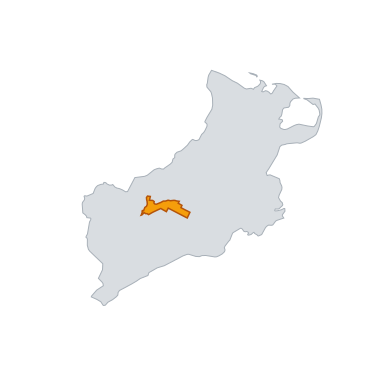 Sakarcage, Mary, Turkmenistan shown in context, rotated 118°
{"feature_id": "10190150B2260035962137", "entity_name": "Sakarcage", "entity_type": "district", "adm_level": 2, "iso_a3": "TKM", "parent_name": "Turkmenistan", "parent_adm1": "Mary", "projection": "robinson", "projection_center": [61.097, 38.361], "detail": "fine", "context": "in_parent", "style": "filled", "palette": "amber", "viewbox_px": 384, "rotation_deg": 118, "n_neighbors": 0, "source": "geoboundaries", "source_scale": "gbopen_adm2", "svg_char_len": 4780}
<svg xmlns="http://www.w3.org/2000/svg" viewBox="0 0 384 384"><g transform="rotate(118 192 192)"><path d="M119.3,134.2L135.2,135.1L140.1,135.6L142.1,133.5L142.0,133.0L141.3,132.6L140.2,131.1L139.3,121.2L140.7,119.7L142.3,118.7L144.6,115.6L145.9,114.6L147.7,113.9L153.7,113.6L156.3,113.0L158.5,109.5L159.0,107.4L160.7,105.8L161.6,105.8L165.7,107.2L166.6,107.9L167.9,110.5L169.4,110.4L169.7,109.9L169.5,109.4L168.4,107.7L165.8,104.8L163.3,103.0L163.1,102.3L165.3,100.9L169.6,101.5L170.7,101.0L171.9,98.7L177.5,104.0L178.6,104.5L183.1,105.2L183.9,105.9L185.4,109.0L186.9,109.8L188.8,110.4L196.9,110.5L199.4,112.5L199.8,113.0L199.3,114.5L199.2,117.2L198.5,118.3L198.9,118.8L201.8,119.9L203.5,121.7L203.7,122.5L203.2,123.0L201.8,122.7L201.2,123.5L201.1,125.0L202.1,126.3L202.4,127.6L201.0,130.5L201.0,131.6L201.4,132.3L208.7,136.7L209.8,136.8L216.9,136.0L218.2,136.5L224.4,137.5L226.1,137.3L227.3,135.9L228.4,135.4L229.5,135.3L232.4,136.2L235.5,138.1L237.6,139.8L238.6,141.3L241.5,149.8L243.4,153.3L245.6,155.1L247.1,158.4L248.5,165.6L249.4,167.1L252.7,170.0L270.0,181.8L275.3,187.1L283.4,192.2L286.4,191.7L292.7,197.1L296.8,199.2L302.0,202.4L313.0,209.8L315.3,210.1L317.9,209.1L320.2,209.7L324.4,211.6L328.8,214.5L332.6,215.4L333.7,216.7L333.7,217.4L331.7,221.0L331.5,225.6L331.9,231.7L330.8,231.8L323.4,230.1L316.4,226.3L314.7,227.5L313.9,228.8L312.2,234.1L302.7,234.5L297.2,237.1L292.3,254.4L291.3,256.5L288.2,259.4L282.8,262.2L281.9,263.3L281.8,264.3L281.1,264.6L278.1,264.6L266.6,268.4L264.1,268.4L263.1,268.7L262.7,269.4L264.0,272.8L262.9,273.8L262.2,275.6L261.7,278.6L254.2,283.3L252.6,283.8L249.5,283.3L248.0,283.8L246.4,285.3L245.6,284.9L245.2,283.4L244.4,282.4L239.7,278.6L234.3,279.2L232.2,278.9L230.6,278.3L228.1,276.1L226.6,274.0L224.9,274.3L224.4,273.3L224.3,272.2L224.8,270.8L224.7,268.2L223.7,266.3L222.6,265.5L223.8,262.5L223.8,260.2L223.1,257.8L222.8,254.3L223.0,250.8L221.9,249.1L206.1,249.2L200.4,241.2L198.1,239.3L190.2,235.9L188.1,234.1L186.3,232.1L185.9,229.4L185.0,227.8L183.8,227.5L177.6,224.3L175.1,223.5L171.8,224.3L169.8,223.4L167.4,224.6L166.4,224.7L163.9,223.9L160.8,221.0L158.2,219.9L152.8,218.0L148.9,217.5L145.6,216.4L145.2,216.0L145.1,213.5L144.7,212.5L143.7,211.3L142.4,210.4L136.6,210.5L133.9,209.6L131.8,209.4L127.1,209.6L125.6,210.2L124.8,211.0L124.2,213.4L123.7,213.7L119.2,213.8L109.6,213.3L105.6,214.5L99.3,218.1L95.7,221.2L94.6,222.5L92.4,228.0L91.4,228.7L90.2,229.4L88.9,229.5L83.2,231.6L81.0,232.1L75.4,231.9L74.2,223.8L73.9,217.5L74.8,208.7L74.6,203.0L75.8,194.4L75.5,192.3L72.7,188.6L72.4,185.9L70.6,185.8L67.8,183.6L65.0,182.7L63.6,182.7L62.3,183.3L61.4,184.6L60.8,182.6L60.8,180.5L63.2,176.1L64.6,177.4L66.2,177.9L70.6,177.6L70.2,176.2L68.0,174.6L67.6,172.7L67.8,170.6L68.5,168.7L67.8,167.9L66.8,167.5L64.5,167.5L58.5,166.8L57.7,169.1L59.3,172.0L56.6,168.6L54.9,165.2L53.8,161.1L53.8,156.8L56.4,149.8L58.5,141.2L60.7,144.8L62.4,146.4L66.1,147.4L67.9,147.1L69.9,146.2L71.8,146.5L74.6,150.2L76.7,150.7L81.2,149.2L83.3,148.9L85.1,149.6L86.9,149.6L86.2,147.8L85.9,146.1L87.0,145.2L90.4,146.2L93.2,145.2L93.7,144.7L94.1,143.3L93.7,140.3L93.1,139.1L91.6,137.4L85.6,133.2L83.6,131.5L81.9,129.4L79.4,120.9L77.4,115.4L76.6,114.8L73.1,114.3L66.3,115.7L63.9,115.4L62.8,116.0L59.9,118.3L58.6,120.2L56.6,124.7L57.9,126.2L56.6,133.7L57.1,137.0L56.8,137.2L54.9,133.2L52.3,129.2L50.3,123.0L54.5,119.0L58.0,116.2L61.8,114.1L65.7,112.6L74.4,110.4L79.2,109.6L83.1,109.5L86.0,110.8L93.9,115.8L97.4,118.5L98.3,119.6L99.2,122.3L104.9,130.9L106.3,132.1L108.5,134.8L110.7,135.7L119.3,134.2ZM60.1,195.9L59.8,197.1L58.8,193.6L58.4,189.8L59.1,188.7L59.9,188.8L59.1,190.2L60.1,195.9Z" fill="#d9dde1" stroke="#a8b0b8" stroke-width="1"/><path d="M217.2,184.0L215.5,184.1L215.4,184.1L210.9,184.3L210.9,186.8L210.9,187.6L211.0,189.0L211.0,194.4L208.5,194.6L208.4,198.7L208.4,198.9L206.3,198.9L206.2,198.9L207.2,201.6L207.4,203.0L207.9,204.1L209.1,205.9L209.2,206.0L209.8,206.8L209.9,207.2L210.5,209.3L212.4,211.1L213.5,213.1L215.5,214.4L215.7,214.5L219.5,217.7L219.6,217.8L220.0,219.1L220.0,219.3L219.7,220.3L219.5,220.5L218.2,220.9L217.9,222.7L218.1,223.2L218.5,224.0L219.2,225.5L219.3,225.7L215.5,226.7L216.5,229.4L218.3,229.6L220.0,228.5L221.2,227.4L221.5,227.2L222.4,226.6L223.8,225.7L225.8,225.5L226.0,225.5L227.0,226.0L227.8,226.4L230.1,226.1L231.2,226.0L231.7,227.1L232.4,227.1L232.7,226.7L232.9,226.2L233.9,226.4L234.4,226.3L234.8,226.2L236.2,226.0L236.3,226.0L236.1,225.8L236.0,225.7L235.8,225.5L235.1,225.3L233.8,224.8L232.7,224.4L232.8,223.4L232.9,223.0L232.9,222.8L232.2,221.4L232.2,221.1L232.4,219.8L232.3,219.7L230.5,218.5L230.4,218.5L229.5,217.9L228.1,217.0L227.9,216.8L227.7,216.7L223.8,213.8L221.6,212.1L221.2,211.8L221.2,211.7L221.3,210.1L221.4,205.4L221.0,205.4L217.4,205.4L217.2,184.0Z" fill="#f59e0b" stroke="#b45309" stroke-width="1.5"/></g></svg>